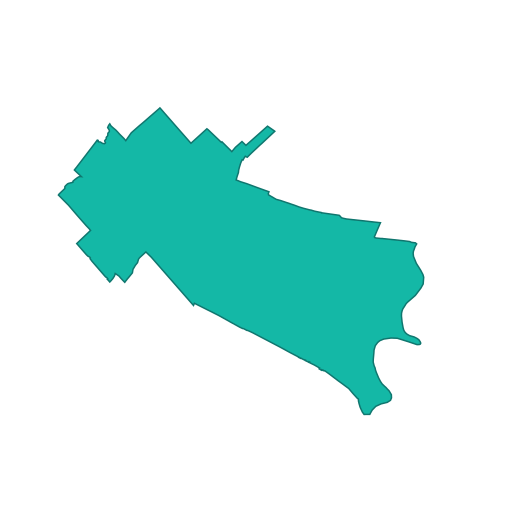 Liesti, Galati, Romania, rotated 224°
{"feature_id": "2599482B2048722237539", "entity_name": "Liesti", "entity_type": "district", "adm_level": 2, "iso_a3": "ROU", "parent_name": "Romania", "parent_adm1": "Galati", "projection": "albers", "projection_center": [27.596, 45.626], "detail": "fine", "context": "isolated", "style": "filled", "palette": "teal", "viewbox_px": 512, "rotation_deg": 224, "n_neighbors": 0, "source": "geoboundaries", "source_scale": "gbopen_adm2", "svg_char_len": 4470}
<svg xmlns="http://www.w3.org/2000/svg" viewBox="0 0 512 512"><g transform="rotate(224 256 256)"><path d="M329.1,358.8L330.0,358.7L337.9,357.4L338.9,344.1L340.1,328.6L345.6,328.6L346.3,319.9L345.9,314.3L359.8,314.5L359.9,313.7L374.4,313.6L377.9,313.6L379.7,313.4L381.1,291.9L401.9,293.6L421.0,295.2L426.5,295.7L428.0,295.8L428.0,295.7L428.0,295.4L428.4,290.6L429.1,282.9L430.0,272.5L430.4,269.0L431.3,257.9L429.8,248.5L432.5,248.8L439.2,248.9L440.2,249.0L441.7,249.1L442.1,249.1L443.5,249.2L444.5,249.2L447.1,249.0L449.1,248.9L451.0,248.9L453.0,249.5L452.8,247.7L451.9,245.3L449.6,244.8L448.7,244.4L448.0,243.7L447.9,243.0L447.9,242.0L447.8,241.4L446.7,240.1L446.3,239.5L446.1,238.8L446.2,238.1L446.2,237.9L446.1,237.3L445.1,236.2L445.0,234.3L444.9,233.8L444.3,233.4L442.9,232.9L442.8,232.6L443.0,231.5L444.6,230.4L446.6,230.0L447.3,229.8L448.3,228.9L449.1,228.7L449.3,229.2L449.9,229.5L450.7,229.1L450.2,225.1L447.4,200.9L447.0,197.2L446.7,195.0L446.7,194.4L446.5,192.5L446.4,191.7L443.6,191.7L436.7,191.8L437.9,190.8L438.2,190.3L438.5,189.7L438.9,188.3L439.1,187.0L439.4,185.2L439.5,183.9L439.6,182.6L439.3,182.3L438.9,181.8L440.5,179.3L441.4,177.8L441.7,176.8L441.8,174.4L441.7,173.2L440.4,171.7L440.5,168.9L440.7,163.9L440.5,162.6L427.3,162.3L426.5,162.3L426.3,162.3L414.9,161.2L412.7,161.0L399.4,159.9L394.3,159.7L394.2,159.6L392.8,159.5L393.6,140.4L381.3,139.3L378.9,139.1L376.8,139.1L374.9,139.7L373.9,139.6L373.5,138.8L372.8,138.7L372.2,138.6L370.4,138.3L351.5,136.6L350.0,136.5L349.4,136.5L348.8,136.7L348.6,136.8L347.2,136.7L346.9,136.7L346.9,136.4L346.9,136.0L345.2,135.9L343.1,135.7L343.1,137.5L343.3,140.4L343.9,143.2L344.6,144.8L345.1,145.6L342.4,146.1L340.5,146.4L337.7,146.1L332.9,145.9L332.1,145.9L332.3,147.2L332.5,149.6L332.6,149.8L332.7,152.1L332.8,153.2L333.0,155.6L333.2,158.0L335.2,160.9L336.3,165.5L336.6,168.9L338.2,171.9L338.5,173.2L338.5,174.6L338.0,182.4L330.5,182.4L266.6,177.0L267.5,179.2L241.9,187.2L226.8,191.2L218.3,193.5L215.3,194.5L214.3,195.2L211.0,196.1L210.8,196.2L210.2,196.7L206.5,198.0L205.0,198.5L175.7,207.1L169.9,208.7L166.2,209.7L163.4,210.5L163.0,210.6L157.3,212.3L155.0,213.0L154.9,212.7L152.7,213.4L152.8,213.7L152.4,213.8L152.1,213.9L151.0,214.2L150.6,214.3L148.8,214.9L148.8,215.2L147.8,215.5L147.7,215.1L144.4,216.2L144.5,216.7L144.4,216.7L143.7,217.0L143.6,216.5L143.6,216.4L142.9,216.7L142.7,216.7L142.5,216.8L142.0,216.9L141.4,217.1L138.4,218.1L133.6,219.3L133.1,219.4L132.7,219.5L132.4,219.6L132.2,218.7L130.2,219.2L129.9,219.2L130.0,219.5L129.2,219.7L129.3,219.9L128.8,219.9L128.6,220.5L127.2,220.6L126.9,221.2L124.2,221.6L121.5,222.0L116.4,222.6L110.5,223.3L104.9,224.1L102.4,224.4L98.6,224.9L98.0,225.0L97.3,225.1L92.3,224.6L90.3,224.4L84.0,224.0L83.2,224.3L82.5,223.8L81.5,222.8L80.6,222.3L79.8,221.7L76.3,219.7L74.7,219.0L73.1,218.4L71.0,217.6L68.2,217.1L66.2,219.1L64.1,221.1L64.5,222.4L65.4,225.8L65.4,227.5L65.4,231.1L64.0,234.7L63.3,236.5L59.9,241.9L59.0,245.6L60.0,248.1L62.3,250.3L66.8,251.5L68.8,251.5L71.5,251.7L72.5,251.6L76.4,251.6L78.8,252.1L79.9,252.4L80.5,252.6L83.2,253.5L88.7,255.9L90.7,256.9L92.6,258.2L94.8,259.1L98.0,261.1L99.9,263.2L103.6,267.8L105.8,270.4L107.9,274.4L108.4,278.3L108.1,281.1L106.4,285.0L101.9,290.8L97.2,295.0L86.4,300.4L78.6,304.1L77.0,305.8L76.6,306.8L77.0,307.8L78.4,308.4L80.8,308.9L83.2,308.5L86.1,307.6L90.2,305.4L93.0,304.7L95.5,304.6L98.0,305.2L100.4,306.6L105.0,309.9L109.7,313.9L111.6,316.0L112.9,318.2L113.7,320.1L114.0,321.9L114.9,326.1L114.9,328.0L114.7,330.2L114.0,338.4L115.1,347.5L116.3,352.0L120.6,357.2L123.0,358.6L127.5,360.1L135.6,362.1L142.4,365.1L144.9,367.2L146.1,368.9L147.0,371.0L148.0,373.1L148.8,376.3L150.5,376.2L151.7,375.3L153.7,373.8L155.6,373.1L159.6,370.1L161.7,368.5L162.7,367.7L164.8,366.1L175.0,358.1L176.5,356.9L177.2,356.4L178.4,355.3L182.2,352.3L183.9,351.5L183.9,351.4L187.0,359.4L189.6,366.4L194.6,362.5L202.3,356.6L216.6,345.5L219.7,343.6L221.1,342.9L223.2,343.1L224.4,343.1L238.5,332.9L238.8,332.5L239.4,332.6L240.8,331.6L244.9,329.0L248.6,327.1L249.0,326.7L255.0,323.3L259.1,321.2L263.5,319.3L276.8,313.0L280.8,310.8L282.5,310.4L289.4,308.7L290.5,309.4L291.3,311.2L295.7,309.2L302.4,306.2L312.9,301.6L318.7,298.7L321.0,297.8L322.6,297.1L323.1,296.9L324.9,300.2L326.6,303.8L328.1,305.7L329.8,308.7L331.7,312.5L332.8,315.6L332.0,316.0L332.3,317.0L332.6,318.1L333.0,320.3L331.9,320.6L330.9,321.0L330.8,326.3L330.2,338.6L330.0,341.0L329.8,345.2L329.1,358.6L329.1,358.8Z" fill="#14b8a6" stroke="#0f766e" stroke-width="1.5"/></g></svg>